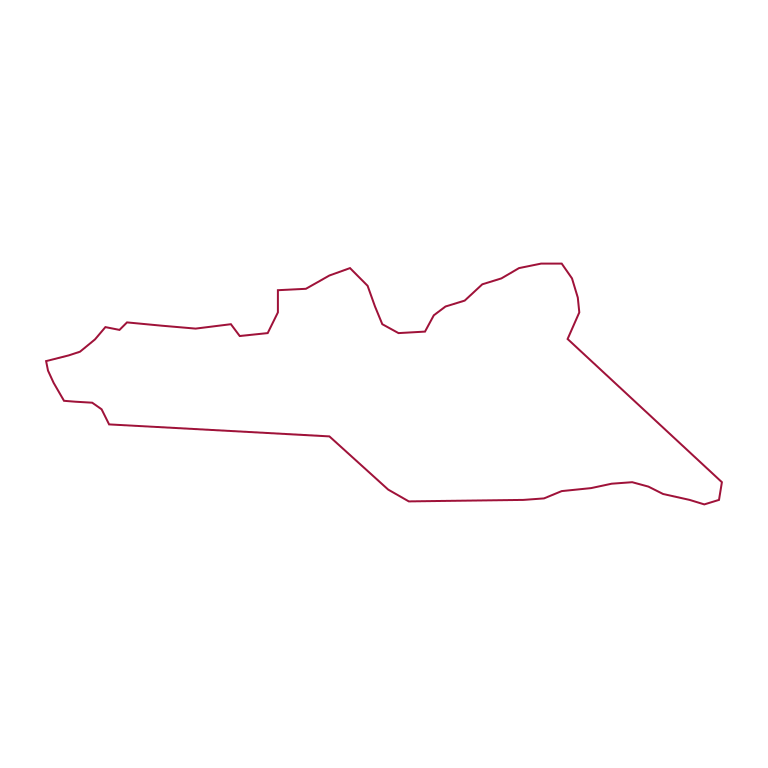 outline of Belapais, Cyprus
{"feature_id": "46923920B81569607832165", "entity_name": "Belapais", "entity_type": "district", "adm_level": 2, "iso_a3": "CYP", "parent_name": "Cyprus", "parent_adm1": "", "projection": "mercator", "projection_center": [33.345, 35.303], "detail": "fine", "context": "isolated", "style": "outline", "palette": "rose", "viewbox_px": 768, "rotation_deg": 0, "n_neighbors": 0, "source": "geoboundaries", "source_scale": "gbopen_adm2", "svg_char_len": 826}
<svg xmlns="http://www.w3.org/2000/svg" viewBox="0 0 768 768"><path d="M109.1,424.4L329.4,436.4L388.2,489.6L408.8,501.4L438.2,501.0L523.5,499.9L544.0,498.4L561.7,491.1L576.4,489.6L591.1,488.1L611.7,483.7L632.2,482.2L648.4,486.6L663.1,494.0L689.6,499.9L704.3,504.4L719.0,499.9L721.9,482.2L567.6,339.0L579.3,312.4L577.8,297.6L572.0,278.4L561.7,263.6L541.1,263.6L519.0,268.1L501.4,278.4L482.3,284.3L464.7,300.6L445.5,306.5L433.8,315.3L425.0,331.6L398.5,333.1L382.3,324.2L375.0,306.5L367.6,285.8L350.0,268.1L329.4,275.5L305.9,288.8L277.9,290.2L277.9,312.4L267.7,333.1L239.7,336.0L230.9,324.2L195.6,328.6L161.8,325.7L127.0,322.4L119.5,329.9L105.4,327.1L95.0,339.4L80.0,351.7L68.7,355.4L46.1,361.1L48.0,370.6L53.6,382.8L64.0,400.8L75.2,401.7L92.2,402.7L101.6,409.3L109.1,424.4Z" fill="none" stroke="#9f1239" stroke-width="2"/></svg>